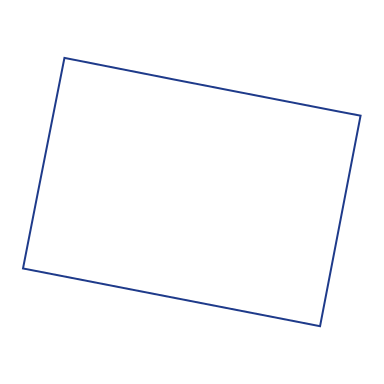 Winnebago, Iowa, United States of America, rotated 11°
{"feature_id": "52423323B32646227852177", "entity_name": "Winnebago", "entity_type": "district", "adm_level": 2, "iso_a3": "USA", "parent_name": "United States of America", "parent_adm1": "Iowa", "projection": "orthographic", "projection_center": [-93.701, 43.377], "detail": "fine", "context": "isolated", "style": "outline", "palette": "blue", "viewbox_px": 384, "rotation_deg": 11, "n_neighbors": 0, "source": "geoboundaries", "source_scale": "gbopen_adm2", "svg_char_len": 373}
<svg xmlns="http://www.w3.org/2000/svg" viewBox="0 0 384 384"><g transform="rotate(11 192 192)"><path d="M41.2,84.7L40.8,222.9L40.7,299.3L343.3,299.3L342.9,84.9L323.1,85.0L320.7,85.0L303.9,85.0L292.3,85.0L266.6,85.0L246.6,85.0L214.2,85.0L210.6,85.0L208.2,85.0L203.4,85.0L170.1,85.0L153.7,85.0L152.7,85.0L41.2,84.7Z" fill="none" stroke="#1e3a8a" stroke-width="2"/></g></svg>